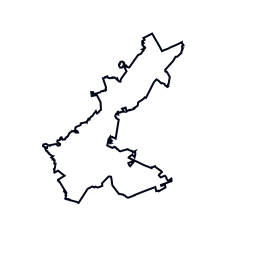 Salvador Alvarado, Sinaloa, Mexico (Natural Earth projection), rotated 240°
{"feature_id": "50627088B8261006945538", "entity_name": "Salvador Alvarado", "entity_type": "district", "adm_level": 2, "iso_a3": "MEX", "parent_name": "Mexico", "parent_adm1": "Sinaloa", "projection": "natural_earth1", "projection_center": [-108.084, 25.381], "detail": "fine", "context": "isolated", "style": "outline", "palette": "ink", "viewbox_px": 256, "rotation_deg": 240, "n_neighbors": 0, "source": "geoboundaries", "source_scale": "gbopen_adm2", "svg_char_len": 5821}
<svg xmlns="http://www.w3.org/2000/svg" viewBox="0 0 256 256"><g transform="rotate(240 128 128)"><path d="M165.1,206.1L166.3,211.8L166.9,212.0L167.4,212.4L167.8,212.9L168.5,214.2L169.0,214.2L169.5,215.1L169.7,214.6L171.9,215.9L171.7,217.4L172.0,217.5L173.2,217.4L173.7,217.3L174.3,217.0L174.6,216.9L175.4,217.5L175.7,213.1L176.1,208.7L176.6,205.6L176.6,202.8L177.3,198.7L177.6,195.9L183.5,196.1L197.7,196.1L198.2,186.4L197.2,186.6L196.1,186.4L196.3,185.7L196.0,184.7L196.2,183.9L195.2,183.2L194.7,183.0L194.7,183.8L194.6,184.1L193.7,184.2L193.0,182.0L192.5,182.1L192.2,182.1L190.5,182.6L190.7,182.2L190.1,182.2L188.9,182.7L188.5,182.4L188.7,181.6L188.7,180.5L188.9,179.6L187.5,180.3L186.8,178.7L186.7,178.0L185.8,176.6L185.8,176.2L186.1,173.4L186.1,173.0L179.8,159.4L180.4,158.6L180.9,158.3L181.4,157.6L181.8,157.5L182.2,157.8L182.5,157.8L182.9,157.7L183.0,157.1L183.2,156.9L183.4,157.2L183.6,157.1L183.6,156.8L184.2,156.6L185.0,156.9L185.6,156.2L186.0,156.3L186.4,157.0L186.9,157.2L187.6,156.5L188.3,156.4L188.9,155.0L189.0,154.4L188.4,153.9L188.3,153.6L188.1,153.5L187.6,153.1L187.8,152.5L187.7,152.0L186.2,151.4L184.2,151.4L183.3,153.1L183.8,154.1L184.0,154.6L182.8,155.2L182.0,155.4L181.0,155.2L177.9,155.1L174.1,146.7L173.5,146.0L171.9,144.6L173.1,143.3L174.0,143.4L174.4,143.1L175.2,142.8L175.4,143.3L176.5,143.5L176.5,142.6L177.8,141.8L178.5,141.7L179.1,139.5L179.6,139.7L180.1,137.2L181.8,135.6L183.1,135.9L183.5,133.5L183.1,133.4L183.6,131.2L173.9,129.2L173.1,128.2L172.2,128.2L171.8,128.0L171.7,127.2L172.1,127.2L172.1,126.7L172.3,126.7L172.5,125.7L172.3,125.1L172.6,124.4L172.9,124.1L173.1,123.0L172.9,121.6L172.9,121.0L173.4,119.9L173.6,118.0L174.1,116.7L175.2,115.1L176.6,115.6L177.5,114.1L173.8,112.6L172.2,117.5L164.0,117.1L157.3,113.7L157.0,111.8L156.5,111.0L156.1,108.5L158.7,108.6L156.6,103.8L156.1,103.1L156.3,102.2L156.1,101.8L156.1,101.3L155.3,99.5L154.9,99.2L155.5,98.9L155.8,98.5L155.6,98.0L155.3,98.0L154.6,97.5L154.8,97.2L154.3,95.6L153.6,95.2L154.1,95.0L153.8,94.4L154.5,93.3L154.7,92.4L155.1,91.4L155.6,89.4L154.8,89.1L154.5,88.8L154.3,88.0L154.9,83.2L152.8,81.0L152.4,81.0L152.3,81.3L151.3,82.1L150.4,82.6L149.1,82.4L150.1,80.5L151.0,80.1L152.5,79.3L152.6,78.7L153.5,78.0L153.3,77.4L153.1,77.3L153.0,75.7L153.1,75.2L152.6,74.4L152.5,74.0L151.3,72.5L151.4,72.4L150.6,70.7L150.9,70.0L150.5,69.2L150.4,68.5L149.6,67.9L150.4,65.8L152.2,65.6L153.0,65.8L153.4,65.5L153.3,64.7L153.0,64.1L151.8,64.0L151.7,62.8L152.5,60.8L151.7,60.0L150.7,59.9L149.6,60.3L149.1,60.8L148.7,60.6L148.3,61.1L147.6,60.9L147.3,60.4L147.3,59.9L147.5,58.7L147.9,58.5L148.8,58.1L150.0,57.9L151.5,53.8L151.7,52.7L151.6,51.7L152.2,51.7L152.4,50.7L155.2,49.0L155.4,48.6L155.6,47.6L156.0,46.4L155.4,45.8L154.5,45.3L152.5,46.7L151.9,48.4L151.0,47.9L151.7,46.1L151.3,46.0L149.3,45.7L148.2,46.6L147.6,46.3L146.4,46.7L145.9,46.6L145.5,47.0L144.6,46.8L144.3,47.1L141.8,48.2L141.1,49.0L140.6,47.2L140.6,46.9L139.7,47.4L139.3,47.4L138.6,47.9L138.3,47.2L137.7,47.9L137.2,47.8L137.1,47.7L136.8,47.8L136.6,48.2L136.0,47.9L134.2,46.4L133.3,47.4L132.3,46.4L131.6,46.1L130.9,45.5L130.3,44.9L129.1,43.8L129.3,43.3L128.1,43.0L126.3,42.0L126.1,42.0L126.1,46.0L118.4,49.2L118.1,41.7L117.9,41.7L117.6,41.1L116.4,41.2L116.3,41.7L116.0,41.8L105.5,42.1L105.4,42.1L105.3,41.0L103.8,41.0L103.8,42.2L102.6,42.2L101.0,40.3L100.4,40.7L98.3,38.5L97.8,38.8L97.7,38.6L96.9,39.2L96.8,40.0L96.3,40.3L96.3,40.6L95.9,41.1L95.7,41.3L95.5,41.0L95.3,41.2L95.2,41.0L89.8,46.4L89.6,46.8L89.0,47.1L88.3,47.2L87.8,47.7L95.5,62.7L95.1,68.0L93.3,69.2L93.5,70.4L91.5,72.1L90.7,76.8L93.1,77.9L95.3,85.6L95.6,87.1L95.6,87.3L94.3,88.9L93.4,88.7L86.4,85.9L85.7,85.8L75.3,87.2L75.2,87.9L73.8,89.1L73.0,90.4L72.1,90.5L70.8,91.7L69.2,92.0L68.3,92.6L67.5,93.4L66.4,99.9L66.7,100.0L65.3,109.5L63.2,122.1L59.2,120.9L58.8,122.0L58.5,123.1L57.8,123.1L57.8,130.7L60.5,131.7L61.2,127.9L62.2,128.1L60.2,139.1L62.1,140.2L62.4,140.3L62.6,140.3L62.2,138.6L62.7,139.0L62.2,138.4L62.2,136.3L63.1,136.2L64.7,135.9L65.8,136.5L68.2,136.1L68.9,131.6L71.7,131.1L72.2,132.0L72.9,135.4L73.0,135.4L74.1,135.2L80.4,132.3L81.6,132.2L81.6,131.8L81.5,131.5L81.7,129.7L82.1,129.2L81.4,128.4L85.6,125.1L87.8,123.3L96.4,117.5L93.8,110.8L95.4,110.4L97.5,110.8L96.6,116.1L97.0,117.1L97.8,116.6L99.0,115.4L99.2,115.5L102.0,113.7L102.3,114.2L102.8,118.4L99.3,119.0L100.5,120.2L101.7,121.3L102.8,121.8L102.9,121.7L103.7,122.1L104.1,122.1L104.4,122.7L104.7,120.6L104.3,120.7L104.3,120.2L104.7,120.0L104.9,120.1L106.3,119.9L106.3,119.5L109.7,116.9L109.9,116.4L110.0,116.5L111.7,109.6L112.3,109.1L115.1,108.4L115.1,108.0L117.3,107.7L117.2,107.4L117.8,106.7L118.7,106.5L118.5,104.6L123.2,101.2L125.7,103.7L125.0,105.2L125.0,105.5L124.1,105.4L124.2,104.9L123.7,104.8L123.5,105.2L123.7,105.3L123.9,105.6L123.8,105.8L124.0,105.7L125.0,106.0L125.0,107.6L125.9,107.4L126.7,106.0L127.1,106.2L127.4,105.3L127.1,105.1L127.2,104.8L127.9,105.4L128.0,106.6L127.7,107.0L128.1,107.4L128.5,106.8L129.5,108.7L128.6,108.7L127.8,109.3L128.0,109.9L126.2,111.3L125.0,112.0L139.8,124.1L142.4,122.7L142.8,123.0L144.4,122.7L145.3,123.5L146.2,124.9L144.6,126.2L145.5,126.5L145.6,126.4L146.3,126.4L147.2,127.2L146.9,127.8L146.4,127.6L146.2,127.9L145.7,128.0L145.4,128.5L145.3,128.8L145.4,130.1L144.7,131.3L144.6,132.0L144.1,132.8L147.7,132.4L147.6,133.5L147.0,134.2L147.2,135.2L147.1,135.5L146.8,136.2L143.0,135.0L143.1,135.6L143.1,137.9L142.7,138.7L142.4,138.6L142.3,139.4L141.5,142.4L141.6,143.2L142.3,143.1L142.3,145.8L142.5,147.5L145.1,149.7L145.5,156.3L146.2,157.6L145.8,157.8L145.6,158.7L145.2,158.8L154.7,173.3L155.9,176.9L153.9,178.0L150.0,179.2L149.6,180.3L147.8,181.6L146.9,181.5L146.1,181.5L145.2,182.2L144.6,182.3L143.9,182.5L143.9,183.6L144.8,183.4L145.7,184.4L145.5,184.9L151.3,189.7L157.4,189.7L157.6,189.0L158.3,188.6L159.8,189.3L163.4,200.4L165.9,204.8L165.1,206.1Z" fill="none" stroke="#020617" stroke-width="2"/></g></svg>